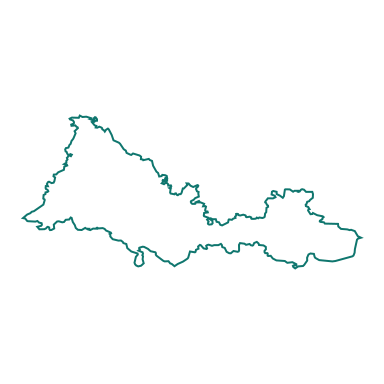 Orenburg, Robinson projection
{"feature_id": "RUS-2391", "entity_name": "Orenburg", "entity_type": "Region", "adm_level": 1, "iso_a3": "RUS", "parent_name": "Russia", "parent_adm1": "", "projection": "robinson", "projection_center": [55.668, 52.426], "detail": "fine", "context": "isolated", "style": "outline", "palette": "teal", "viewbox_px": 384, "rotation_deg": 0, "n_neighbors": 0, "source": "natural_earth", "source_scale": "10m", "svg_char_len": 5989}
<svg xmlns="http://www.w3.org/2000/svg" viewBox="0 0 384 384"><path d="M309.4,209.0L308.6,209.0L308.1,210.5L310.5,214.2L312.3,214.0L312.9,213.0L317.2,215.2L322.7,216.3L323.6,217.1L322.4,218.3L322.3,219.3L319.9,220.7L319.8,221.5L320.5,221.9L323.9,222.3L324.9,223.6L338.0,223.9L338.3,226.5L341.0,228.9L347.3,229.4L349.6,230.1L351.1,229.8L354.8,231.1L357.8,236.2L361.0,237.7L358.0,238.6L357.0,239.7L354.9,249.2L354.6,252.7L353.5,255.5L352.5,256.3L335.4,261.0L332.3,261.4L319.2,260.1L315.3,257.9L314.6,256.8L313.9,253.9L310.4,253.5L308.5,254.5L307.1,257.7L307.2,260.6L304.2,264.9L303.0,266.0L298.2,266.4L295.2,268.4L293.4,267.1L292.9,265.9L293.7,265.3L296.3,265.3L296.3,264.2L292.4,262.2L287.3,262.8L284.8,261.0L276.4,260.4L272.8,258.5L270.7,255.8L268.1,256.0L267.6,255.6L267.7,253.5L267.3,253.1L265.2,253.1L264.5,252.0L264.6,250.7L265.9,249.3L265.8,246.9L263.5,245.4L259.0,245.0L258.6,243.5L256.8,241.9L254.2,243.0L253.2,245.2L252.5,245.6L250.8,245.2L249.6,244.0L246.0,244.8L244.5,243.7L240.0,243.1L239.0,244.9L239.1,250.2L238.7,251.4L237.7,251.8L233.5,251.0L230.8,253.3L229.2,253.2L226.6,251.8L224.7,247.9L222.3,247.1L221.8,244.9L220.9,243.9L218.4,245.1L214.3,245.1L212.0,245.8L208.7,244.7L207.3,245.0L206.2,245.8L207.1,248.5L206.5,249.0L203.6,248.4L200.8,245.2L199.9,244.9L198.1,246.5L198.5,248.7L196.0,249.8L195.5,251.9L194.9,252.3L190.0,251.5L188.2,257.7L187.5,258.6L183.0,261.6L177.7,264.0L174.5,266.2L171.7,263.9L170.2,263.4L168.5,261.2L164.7,261.4L163.4,260.9L156.5,255.7L155.8,254.7L155.9,253.2L155.4,252.3L150.6,251.2L148.0,248.9L144.1,246.9L142.7,246.7L139.4,247.7L139.1,248.1L139.8,249.6L138.4,250.6L142.6,252.3L143.0,253.8L142.3,255.2L143.0,256.2L142.6,259.3L143.7,263.3L141.1,265.7L138.2,266.4L136.2,265.5L135.1,264.3L134.5,262.7L135.9,256.8L137.8,254.6L137.6,253.5L131.3,251.5L127.3,248.1L126.3,244.0L123.4,243.1L122.7,241.8L120.9,240.5L118.4,240.6L112.7,239.2L110.3,236.5L110.3,234.5L109.7,234.0L111.1,233.2L110.8,232.6L106.0,230.5L104.6,228.9L102.7,228.1L98.6,228.4L97.1,227.7L96.6,228.0L96.8,228.7L93.1,228.6L90.2,230.1L88.3,229.5L88.8,228.8L86.4,228.7L85.2,227.9L81.7,230.0L77.9,229.8L75.8,228.0L74.8,225.1L72.8,222.0L71.6,217.9L70.7,217.5L69.2,219.5L65.7,219.8L64.0,222.0L62.2,222.3L58.8,221.3L57.1,221.5L53.8,224.6L54.2,228.5L51.4,230.0L50.0,230.1L49.3,229.0L49.2,227.5L48.1,226.9L47.4,226.9L45.9,228.5L44.3,229.2L39.4,229.3L37.3,226.8L41.2,225.8L41.9,224.8L41.6,223.2L39.1,222.6L37.4,221.0L35.4,221.6L27.9,221.2L27.1,220.9L25.3,218.6L23.0,218.1L27.2,214.5L30.3,213.2L31.7,211.8L33.9,211.2L43.4,204.6L44.7,200.1L44.6,199.5L43.3,198.6L43.6,195.0L45.4,194.1L45.5,192.4L47.6,191.9L48.3,191.2L47.6,189.9L46.0,189.0L45.6,188.0L45.8,186.1L47.9,186.2L46.9,184.0L47.9,182.2L49.0,181.7L51.6,183.1L53.6,182.7L54.4,181.1L55.1,177.5L53.5,176.3L53.8,174.6L56.3,174.4L58.2,172.3L63.9,169.8L64.3,166.6L67.2,165.5L66.9,164.8L64.2,164.1L66.4,162.7L66.3,160.9L67.5,159.5L66.9,157.9L67.9,156.9L68.5,154.9L67.3,153.8L66.6,151.9L65.6,151.4L65.2,149.4L65.9,148.1L68.4,147.6L69.5,144.9L70.6,143.9L71.5,141.0L73.3,138.7L75.6,133.3L74.6,131.2L77.9,128.1L77.7,127.4L76.5,126.8L75.3,125.4L71.5,125.8L71.2,124.6L73.6,123.6L74.0,123.0L73.9,121.9L72.9,120.4L70.0,119.4L69.6,118.7L71.9,117.6L78.8,117.8L79.8,115.6L82.5,117.0L86.3,116.7L91.5,118.3L91.5,119.0L90.4,119.3L91.8,119.9L94.1,119.7L94.5,119.1L93.9,118.2L94.9,117.2L95.6,117.3L97.0,119.2L97.0,120.7L95.1,120.9L94.4,121.8L92.8,121.5L91.8,122.0L94.7,125.4L96.3,125.9L95.7,127.5L97.2,127.7L99.3,126.7L101.5,127.6L102.1,128.2L102.3,129.3L103.9,130.3L104.8,131.6L106.0,129.8L107.9,128.6L108.8,129.4L111.7,135.0L113.5,140.3L118.9,142.7L120.1,143.8L123.7,149.2L125.8,150.6L126.6,152.9L130.4,154.7L131.3,154.9L133.0,153.5L139.6,155.5L141.1,156.7L140.9,159.2L142.8,159.5L143.2,160.2L148.8,158.9L149.8,160.0L152.0,160.9L153.1,165.7L156.4,171.6L158.1,173.0L159.2,176.5L161.6,176.1L162.3,174.9L165.1,175.2L166.7,175.9L167.1,177.9L165.5,177.8L165.1,178.7L165.5,179.4L167.1,179.8L167.1,180.8L165.0,181.7L164.5,181.4L164.2,180.2L162.9,180.0L162.6,180.6L162.9,182.2L161.8,183.3L164.0,184.2L165.3,183.1L166.8,182.9L168.1,184.2L168.2,185.6L170.9,185.4L171.2,186.1L170.5,186.5L170.9,187.7L169.4,188.1L170.6,189.0L170.1,192.5L170.6,193.5L174.5,194.3L175.2,193.4L176.0,193.4L176.8,194.8L177.8,195.2L179.2,194.1L180.7,194.1L181.6,192.8L182.8,188.5L183.7,188.6L187.3,185.0L186.6,183.4L188.6,183.5L190.5,185.7L193.2,187.0L197.4,185.1L198.1,185.4L198.3,185.8L197.6,187.1L196.3,188.0L196.0,189.0L197.0,191.3L198.6,192.0L198.3,193.5L198.8,196.6L195.2,198.1L193.7,199.8L191.1,201.1L190.8,201.9L191.4,203.2L192.3,203.9L195.0,203.9L195.4,203.6L195.4,202.4L199.0,201.0L199.3,201.4L197.9,202.4L200.6,202.4L204.1,203.8L203.1,206.3L205.2,206.1L206.0,206.6L205.1,210.2L205.7,211.4L207.5,211.5L207.8,212.4L204.1,213.0L203.8,215.6L204.1,216.2L208.3,217.7L208.4,218.7L207.1,219.6L208.6,221.7L207.9,223.2L208.2,224.1L209.2,224.6L211.7,224.3L212.6,223.3L212.4,220.8L209.7,219.1L209.7,218.4L210.7,218.3L212.5,219.2L215.8,219.2L216.6,221.8L219.0,222.3L220.3,224.8L222.1,225.4L228.1,222.4L228.6,219.8L229.0,219.4L231.9,219.8L233.3,218.6L235.5,217.9L235.1,216.6L236.3,215.5L236.1,214.0L236.9,213.8L238.0,214.0L238.6,215.1L240.2,215.5L243.2,214.7L245.0,215.2L245.7,215.6L245.9,216.8L246.7,217.2L249.7,216.7L251.2,217.4L251.2,218.5L251.8,218.9L255.1,218.8L256.2,218.4L256.8,217.6L258.2,218.3L259.3,217.5L262.3,218.0L263.7,217.6L264.7,216.8L265.1,213.5L266.2,212.2L266.5,207.8L268.1,206.8L268.0,205.6L266.9,204.8L266.1,203.0L265.2,202.4L265.3,201.6L267.9,198.3L273.0,198.4L275.5,197.2L274.8,195.8L271.6,194.5L272.0,191.7L273.2,191.0L276.6,191.8L276.7,194.1L280.0,195.7L282.8,197.8L283.9,196.2L284.9,189.6L285.6,189.3L289.8,189.4L293.1,191.7L294.5,190.8L298.1,190.8L297.8,191.7L298.4,191.9L299.6,191.5L301.0,189.7L302.1,189.2L304.0,189.7L306.1,191.9L312.3,191.9L313.0,194.1L312.8,197.8L310.0,200.0L309.2,201.2L307.2,201.8L306.6,203.8L305.7,204.7L305.9,206.1L308.2,207.0L309.4,209.0ZM70.9,156.2L71.8,154.7L70.3,154.1L69.6,155.7L70.9,156.2Z" fill="none" stroke="#0f766e" stroke-width="2"/></svg>